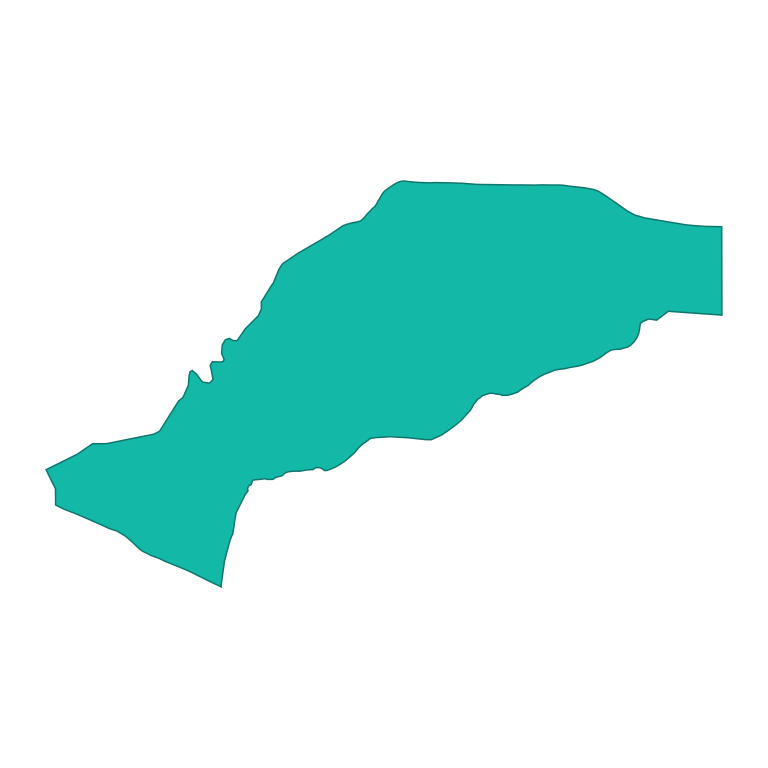 Barat Al Anan, Al Jawf, Yemen (Albers equal-area conic projection)
{"feature_id": "15242507B41587860828990", "entity_name": "Barat Al Anan", "entity_type": "district", "adm_level": 2, "iso_a3": "YEM", "parent_name": "Yemen", "parent_adm1": "Al Jawf", "projection": "albers", "projection_center": [44.512, 16.865], "detail": "fine", "context": "isolated", "style": "filled", "palette": "teal", "viewbox_px": 768, "rotation_deg": 0, "n_neighbors": 0, "source": "geoboundaries", "source_scale": "gbopen_adm2", "svg_char_len": 4106}
<svg xmlns="http://www.w3.org/2000/svg" viewBox="0 0 768 768"><path d="M721.7,226.7L704.9,226.4L696.4,225.8L686.3,224.9L665.2,221.4L663.5,221.1L655.6,219.8L649.9,218.8L644.7,217.9L643.5,217.6L640.6,216.7L637.6,215.9L635.8,215.4L632.9,214.0L627.4,211.0L623.6,208.4L616.2,203.1L610.2,199.0L605.3,195.6L600.6,192.6L598.7,191.4L595.9,190.3L593.4,189.4L589.9,188.8L584.3,187.8L578.9,187.2L570.5,186.3L562.9,185.2L558.9,185.0L549.0,185.0L541.9,184.9L535.0,185.1L528.0,185.0L508.3,184.9L504.0,184.8L476.5,184.4L461.3,183.2L458.3,183.2L454.3,183.0L442.3,182.7L439.9,182.7L434.4,182.6L433.4,182.7L432.1,182.8L427.1,182.8L420.0,182.5L414.8,182.2L411.1,181.8L407.8,181.5L405.1,181.1L403.6,181.1L402.2,181.1L400.4,181.5L397.5,182.5L393.6,184.7L390.1,187.1L387.2,189.1L384.9,190.9L383.2,192.6L383.0,193.0L381.8,194.7L379.1,199.5L378.1,200.7L377.3,202.6L376.2,204.6L374.8,206.5L373.8,207.5L372.8,208.1L371.2,209.9L369.4,211.8L367.7,213.4L366.8,214.4L364.9,217.0L363.5,218.3L361.7,220.0L360.7,220.8L359.2,221.4L356.7,222.0L354.4,222.5L352.5,222.8L350.3,223.3L347.5,224.1L345.5,224.8L343.6,225.5L342.2,226.2L339.0,228.4L332.4,232.9L327.9,235.9L325.3,237.1L325.3,237.4L298.7,252.8L282.7,263.6L281.2,265.7L278.8,269.6L273.1,283.4L271.4,285.6L261.3,302.0L261.4,308.9L259.8,312.5L259.6,313.0L258.4,315.7L248.0,326.1L245.2,328.9L237.1,340.7L233.2,340.6L229.4,338.4L225.4,339.7L224.3,341.5L222.3,344.8L221.6,353.5L224.2,359.5L222.9,361.7L220.4,362.0L212.4,361.8L210.2,365.2L210.7,367.6L211.5,370.9L213.0,379.6L209.4,383.2L202.4,382.0L196.6,374.3L192.3,370.5L190.1,371.7L189.1,375.6L188.4,385.3L182.9,397.5L178.6,401.0L164.7,423.1L159.5,431.3L153.5,434.3L126.7,439.6L107.5,443.5L106.5,443.7L92.6,443.7L77.1,454.3L76.9,454.4L46.1,469.7L52.1,482.0L55.5,488.8L55.6,505.0L63.6,509.0L76.7,514.1L96.7,522.8L109.2,528.5L117.1,531.1L125.8,536.4L132.0,541.8L136.3,545.9L139.8,549.2L142.6,551.3L147.7,553.7L150.6,555.3L158.8,558.3L165.5,561.5L170.5,563.5L178.2,566.6L187.1,570.3L198.6,575.9L208.6,580.9L214.7,583.8L219.4,586.0L221.2,586.9L221.2,584.8L223.4,568.8L223.8,566.4L224.0,563.7L224.5,561.2L224.8,560.2L225.2,558.4L225.8,556.1L226.5,553.2L227.1,550.9L227.3,550.4L228.0,547.8L228.7,545.1L229.4,542.5L230.2,539.9L231.3,537.1L231.8,535.6L232.6,534.6L232.9,532.6L233.0,532.1L234.2,524.8L234.2,524.5L234.4,523.0L235.6,515.8L235.6,515.7L236.1,512.9L236.6,511.8L237.3,510.4L243.5,498.0L244.3,496.3L244.3,496.2L244.7,495.4L245.0,494.8L245.1,494.7L248.1,490.7L247.5,488.9L247.6,488.1L247.8,487.7L248.1,487.1L248.6,486.4L249.2,485.7L249.7,485.4L250.9,485.0L252.8,480.3L255.7,479.7L256.3,479.7L262.4,479.1L265.1,478.7L267.1,479.4L272.5,479.4L273.2,479.2L273.9,478.6L274.6,478.0L275.5,477.7L276.5,477.1L277.7,476.8L280.7,476.2L282.3,475.6L283.8,474.1L285.7,472.6L287.6,472.0L288.4,471.8L291.3,471.4L293.0,471.2L294.3,471.2L295.1,471.2L295.9,471.2L299.8,471.2L304.1,470.4L307.1,469.9L312.9,469.6L314.9,468.2L315.0,468.1L315.8,467.8L316.5,467.5L319.5,467.7L320.9,468.1L321.8,468.4L324.4,470.5L326.7,470.5L330.7,469.1L336.1,466.7L340.8,463.9L344.9,461.1L350.2,456.6L354.6,452.7L358.9,447.5L363.4,443.4L364.5,442.8L365.6,442.2L368.9,439.5L370.6,438.4L372.7,438.1L375.8,437.6L385.5,437.0L390.2,436.7L408.6,437.8L425.5,439.6L429.7,439.7L431.4,439.7L437.3,436.9L437.9,436.8L442.2,434.6L447.1,431.3L451.8,427.9L456.3,424.4L460.6,421.0L464.2,417.1L466.0,415.1L467.6,413.4L470.2,410.4L472.1,407.4L473.3,404.8L475.5,402.1L475.7,401.8L477.6,399.4L480.4,397.5L482.3,395.7L482.5,395.5L486.6,394.2L490.2,393.2L493.4,393.4L493.5,393.4L496.0,394.0L500.0,394.4L502.2,395.3L504.9,395.3L507.7,395.3L511.8,394.2L517.5,392.2L522.3,388.8L522.7,388.6L528.0,385.5L533.5,380.8L537.8,377.8L541.2,375.8L545.7,373.7L550.0,372.1L554.5,370.2L559.2,369.3L564.7,368.7L568.3,367.8L571.5,367.2L576.9,366.3L581.8,365.2L586.5,363.5L592.7,361.5L596.9,359.3L601.0,357.0L603.8,354.8L606.3,352.9L609.3,351.1L611.5,349.9L616.8,349.2L620.2,349.2L624.5,347.9L627.9,347.0L630.9,344.9L634.3,341.6L637.1,337.3L638.6,333.7L639.4,330.0L640.0,325.7L640.5,323.3L643.0,321.4L648.8,319.0L656.7,320.1L668.3,311.3L721.9,315.1L721.7,226.7Z" fill="#14b8a6" stroke="#0f766e" stroke-width="1.5"/></svg>